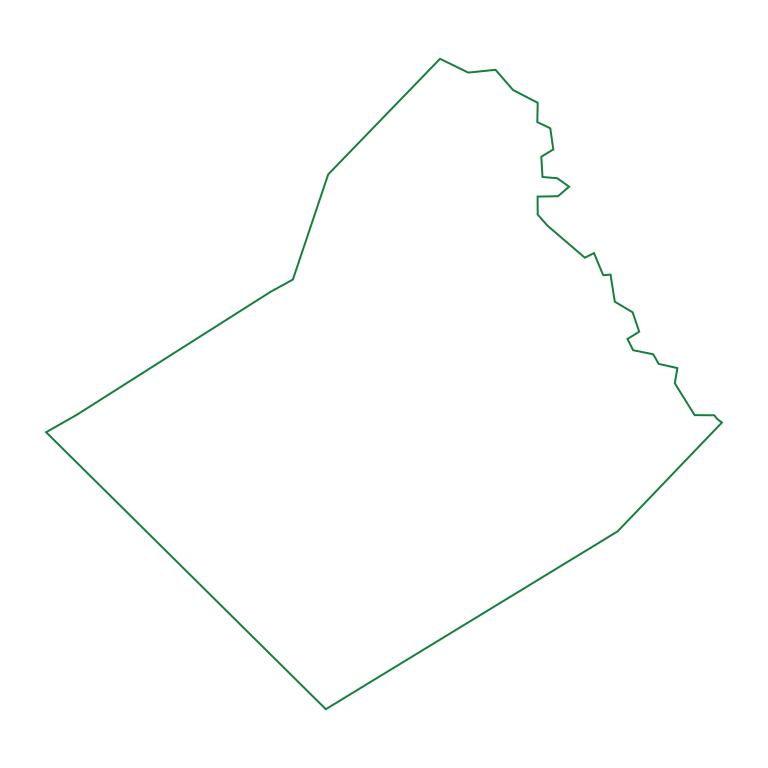 the district of Wharton, Texas, United States of America
{"feature_id": "52423323B28004932041096", "entity_name": "Wharton", "entity_type": "district", "adm_level": 2, "iso_a3": "USA", "parent_name": "United States of America", "parent_adm1": "Texas", "projection": "albers", "projection_center": [-96.061, 29.299], "detail": "fine", "context": "isolated", "style": "outline", "palette": "green", "viewbox_px": 768, "rotation_deg": 0, "n_neighbors": 0, "source": "geoboundaries", "source_scale": "gbopen_adm2", "svg_char_len": 625}
<svg xmlns="http://www.w3.org/2000/svg" viewBox="0 0 768 768"><path d="M325.8,709.2L617.7,531.3L694.8,450.8L721.9,422.6L717.1,418.9L714.3,415.3L694.6,415.1L674.8,383.3L677.4,368.1L658.7,363.9L653.2,354.3L633.1,350.2L627.5,338.9L639.2,331.7L632.6,312.3L614.8,301.7L610.5,274.6L603.2,275.2L594.0,253.1L584.8,257.7L547.5,225.7L537.7,214.6L537.6,196.6L558.0,196.2L569.1,186.7L557.2,178.2L542.5,177.0L541.3,156.7L553.3,149.4L550.3,128.3L537.3,122.1L537.7,102.8L513.0,90.0L495.5,69.8L468.3,72.6L440.0,58.8L328.2,174.4L292.9,279.5L270.4,291.9L76.6,414.9L46.1,432.2L325.8,709.2Z" fill="none" stroke="#15803d" stroke-width="2"/></svg>